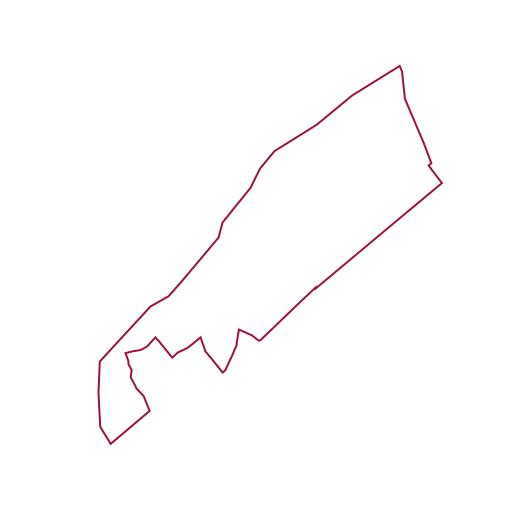 New Cairo-2, Al Qahirah, Egypt (Albers equal-area conic projection), rotated 322°
{"feature_id": "37247803B58056872224952", "entity_name": "New Cairo-2", "entity_type": "district", "adm_level": 2, "iso_a3": "EGY", "parent_name": "Egypt", "parent_adm1": "Al Qahirah", "projection": "albers", "projection_center": [31.527, 30.074], "detail": "fine", "context": "isolated", "style": "outline", "palette": "rose", "viewbox_px": 512, "rotation_deg": 322, "n_neighbors": 0, "source": "geoboundaries", "source_scale": "gbopen_adm2", "svg_char_len": 1273}
<svg xmlns="http://www.w3.org/2000/svg" viewBox="0 0 512 512"><g transform="rotate(322 256 256)"><path d="M385.2,189.9L382.6,189.7L362.4,187.6L335.1,184.7L322.4,187.5L312.9,189.6L297.4,197.1L294.0,198.8L284.3,201.1L270.3,204.3L250.1,209.1L246.9,211.6L239.1,217.5L237.9,218.4L214.3,223.4L182.6,230.1L162.3,233.9L141.8,230.8L93.7,238.7L67.9,243.0L47.6,266.9L31.9,289.2L28.1,294.7L25.8,314.6L76.0,312.6L76.8,312.6L77.8,309.1L78.8,305.6L81.2,297.3L81.2,297.2L81.2,296.7L80.3,287.4L80.2,286.8L81.1,283.4L82.5,274.6L87.8,269.3L88.9,262.7L90.8,260.2L93.4,252.2L100.9,255.5L104.6,257.7L106.1,258.4L106.8,258.8L109.1,259.5L112.6,259.9L115.2,260.2L119.5,259.4L126.7,258.2L126.7,260.6L127.1,263.1L127.1,265.3L127.4,284.4L131.1,284.2L135.2,283.9L141.3,285.4L145.2,286.2L152.8,286.2L162.3,286.0L161.1,289.2L158.3,297.5L157.4,299.4L157.8,309.8L157.9,327.3L161.4,327.2L169.6,322.9L174.7,320.4L177.7,318.8L182.7,315.9L185.4,314.8L187.7,312.2L195.9,304.7L197.3,303.5L204.0,316.2L206.0,324.3L207.5,325.1L209.3,324.9L263.0,319.4L283.8,317.5L283.4,318.2L283.3,318.3L284.1,318.3L392.7,314.7L447.4,313.0L447.4,312.9L447.7,291.0L451.3,290.9L457.7,270.4L470.1,223.9L484.7,200.5L486.2,194.7L433.5,189.0L430.0,188.7L415.4,189.1L385.2,189.9Z" fill="none" stroke="#9f1239" stroke-width="2"/></g></svg>